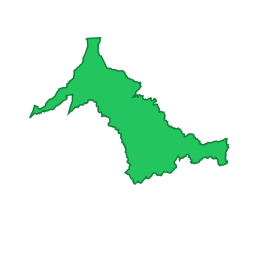 the district of Marabá, Pará, Brazil, rotated 227°
{"feature_id": "56859067B94284230308872", "entity_name": "Marabá", "entity_type": "district", "adm_level": 2, "iso_a3": "BRA", "parent_name": "Brazil", "parent_adm1": "Pará", "projection": "equal_earth", "projection_center": [-50.041, -5.525], "detail": "fine", "context": "isolated", "style": "filled", "palette": "green", "viewbox_px": 256, "rotation_deg": 227, "n_neighbors": 0, "source": "geoboundaries", "source_scale": "gbopen_adm2", "svg_char_len": 5911}
<svg xmlns="http://www.w3.org/2000/svg" viewBox="0 0 256 256"><g transform="rotate(227 128 128)"><path d="M208.1,74.9L205.7,71.1L202.4,62.9L202.4,69.8L200.2,71.0L199.7,73.0L199.0,73.1L198.4,74.8L198.7,76.5L198.4,77.2L197.9,78.1L197.0,77.7L196.8,77.9L196.7,79.8L195.4,80.8L194.4,84.1L192.5,85.9L193.1,90.7L192.2,92.2L192.4,93.3L191.8,95.5L192.1,96.2L191.9,97.3L192.1,99.1L191.0,102.8L192.1,104.5L193.2,104.2L193.5,104.8L192.4,107.7L191.1,108.5L190.6,110.4L189.7,110.3L188.1,107.9L185.7,105.9L183.2,100.9L179.2,94.4L179.3,97.5L178.7,98.7L179.3,101.0L179.1,102.1L179.3,103.4L178.2,104.6L178.4,104.8L177.2,105.7L177.7,108.0L177.5,109.0L175.8,110.4L175.4,111.4L175.8,112.7L175.6,113.8L174.3,114.1L174.2,116.0L175.6,118.0L174.3,119.1L173.9,120.0L173.2,120.3L173.0,120.9L169.3,121.4L168.4,122.5L167.3,121.9L167.0,121.0L166.1,120.8L165.9,120.3L165.2,119.7L163.9,120.7L162.2,119.8L162.4,118.9L160.2,117.5L158.8,117.6L158.3,119.0L157.9,119.1L156.7,118.7L155.7,117.9L155.0,118.2L154.5,117.8L154.3,116.8L153.7,117.4L153.9,118.1L153.3,119.3L152.8,118.9L152.2,119.6L151.4,119.7L149.3,121.1L147.4,120.9L145.7,119.9L144.6,118.1L144.7,116.5L143.1,115.5L142.6,115.6L142.5,116.1L141.3,116.3L140.8,117.1L139.4,117.4L139.0,117.7L138.7,118.8L137.3,118.5L136.8,119.1L135.6,117.9L134.1,118.6L133.4,120.1L132.8,119.7L132.6,118.8L131.5,118.4L131.4,117.9L130.7,117.5L128.4,119.0L127.8,118.6L127.2,117.2L126.1,117.3L125.9,116.0L122.6,115.5L122.1,114.0L121.2,113.7L120.2,114.5L118.6,113.3L117.8,113.3L117.5,113.8L116.6,113.0L116.1,113.4L115.5,112.4L114.2,112.5L112.1,109.5L111.0,109.9L109.7,108.6L108.5,108.1L107.9,107.3L106.3,107.4L104.2,106.3L104.2,104.6L103.4,104.7L102.6,104.1L100.1,104.7L99.7,104.2L99.3,104.6L98.9,102.6L97.3,101.0L97.3,95.4L96.6,95.4L95.2,96.5L94.2,96.1L93.7,96.8L93.2,96.7L92.5,97.1L90.8,96.2L88.9,95.8L86.4,96.5L85.6,95.1L84.6,95.3L83.4,94.5L82.2,95.0L82.3,96.8L81.8,98.3L81.9,99.3L81.2,99.0L79.2,99.5L78.7,100.9L79.4,103.5L79.3,105.0L79.9,107.9L78.5,107.3L77.3,108.2L76.7,109.4L77.1,110.5L76.8,112.7L77.4,113.7L77.6,116.2L76.0,117.3L73.5,117.1L73.4,117.6L72.3,118.3L72.1,119.1L70.7,119.6L70.5,120.3L71.2,120.8L71.0,121.5L71.5,124.8L70.3,125.3L68.6,126.9L66.6,127.8L65.8,129.4L66.5,131.7L66.1,133.2L66.6,133.8L66.5,135.3L66.0,136.4L68.0,137.9L68.8,137.7L71.3,138.1L71.8,139.0L72.2,141.8L72.8,142.6L73.3,145.4L71.4,145.2L69.3,143.8L69.8,145.7L69.4,146.9L69.0,147.0L69.0,147.9L68.3,148.3L68.7,149.5L67.7,151.0L68.8,152.1L68.3,153.2L67.0,154.1L66.5,154.2L65.4,152.4L64.6,153.2L63.9,153.3L62.7,152.3L61.2,152.6L60.5,152.3L60.2,151.7L60.6,151.0L59.7,150.5L58.9,150.5L58.4,151.2L58.2,152.2L56.7,152.1L56.4,153.4L55.7,154.0L54.6,156.5L54.6,157.2L55.4,158.6L54.5,160.3L55.1,160.6L54.9,162.3L54.2,163.7L54.0,165.0L53.2,165.0L52.7,165.6L52.1,165.1L51.3,165.9L51.4,168.3L50.4,169.5L49.4,168.9L49.1,168.9L48.9,169.6L47.3,169.2L47.0,170.2L46.2,170.7L46.6,172.0L45.9,172.4L45.2,171.7L44.4,172.2L43.1,171.8L42.4,170.7L41.4,170.8L40.2,169.4L37.8,169.5L37.4,171.2L36.8,171.3L35.7,173.1L35.0,175.4L35.2,176.2L34.7,177.0L35.9,178.0L37.0,177.0L37.5,177.9L38.5,177.9L39.1,178.3L39.5,179.1L40.9,179.9L40.9,180.7L41.8,180.9L42.0,181.8L43.2,182.3L43.7,183.3L44.0,184.6L44.5,185.0L44.7,186.4L45.3,187.3L45.0,187.9L45.4,188.7L47.1,188.5L47.5,190.0L48.1,189.7L48.5,188.8L48.8,188.9L50.0,189.7L50.4,190.6L51.1,190.3L51.5,191.5L52.5,192.1L52.4,193.0L52.8,193.1L53.9,191.4L54.4,188.8L56.4,184.5L58.3,183.6L61.0,178.0L62.9,176.5L62.5,174.7L63.6,174.5L63.8,173.8L63.4,172.4L66.4,170.0L66.7,170.5L67.2,169.9L68.0,169.8L68.6,171.1L69.6,171.4L70.2,170.9L72.1,171.2L72.9,171.1L73.8,170.2L74.7,170.5L75.2,170.1L75.6,170.6L76.6,170.0L77.6,171.2L78.3,171.4L80.2,170.6L80.9,169.4L82.0,168.8L82.6,163.9L83.3,163.2L85.0,165.0L86.1,164.3L87.2,164.1L89.1,164.8L91.9,165.2L93.0,164.1L93.7,164.5L93.8,163.6L94.6,162.5L95.3,162.4L95.6,161.5L96.4,161.8L96.8,161.0L98.1,161.1L98.6,160.5L99.9,160.8L100.1,160.0L100.8,159.1L102.4,159.7L103.5,159.1L105.6,161.2L106.7,160.8L107.4,161.1L108.6,159.9L109.2,160.1L109.8,161.2L110.6,161.4L110.7,162.2L111.4,162.7L111.7,163.5L115.3,164.9L116.6,163.4L117.1,163.7L117.6,163.4L118.2,161.7L118.6,161.6L118.9,161.6L120.0,163.5L120.8,164.2L122.2,164.2L122.4,163.9L123.4,164.7L124.0,164.6L125.2,165.6L126.5,164.5L126.8,162.9L127.6,162.5L128.7,163.8L128.5,166.2L128.2,166.7L128.5,167.2L129.3,167.6L131.4,167.5L131.7,166.7L131.0,165.4L131.5,164.1L132.8,163.9L133.9,165.2L134.6,165.0L134.9,163.8L135.4,163.4L135.3,162.2L135.8,161.0L137.0,160.6L137.3,159.5L139.2,159.1L140.1,159.3L141.0,159.9L141.0,160.9L141.4,160.9L143.1,159.3L144.7,159.1L144.3,157.3L143.7,156.5L144.1,156.1L145.9,157.3L146.2,156.9L146.5,156.4L145.9,154.3L147.1,152.5L147.9,155.9L147.9,157.2L149.1,158.3L148.8,162.2L149.7,166.1L151.1,166.0L152.0,167.1L152.2,168.0L152.9,168.0L153.0,166.7L153.7,167.2L154.6,166.4L155.6,166.1L156.3,165.1L157.8,164.8L158.2,163.9L160.2,164.3L161.4,163.2L163.2,162.8L163.9,161.8L165.8,162.3L166.7,161.6L166.9,162.3L167.9,162.6L169.1,162.3L170.6,163.4L173.4,163.2L176.2,159.8L179.0,158.6L181.5,156.2L183.7,155.8L185.0,154.2L186.2,153.5L198.9,157.4L200.1,156.8L202.6,157.2L203.6,158.3L204.2,158.3L205.3,159.1L207.3,161.4L208.2,161.6L208.4,162.5L209.9,163.7L209.7,164.7L210.1,166.1L210.8,166.5L211.2,167.6L211.9,167.8L212.7,169.4L221.2,159.3L221.3,158.2L220.1,158.3L215.2,154.4L210.9,146.4L211.0,145.9L210.1,144.4L210.1,143.4L207.1,140.1L206.3,137.5L206.7,135.8L206.3,135.2L206.5,131.5L206.3,130.6L206.7,129.0L206.3,128.5L206.6,127.5L205.6,127.0L204.6,125.5L204.1,125.7L203.5,125.3L203.2,124.2L201.4,121.9L201.8,121.2L201.6,120.6L201.9,119.5L201.6,119.1L201.9,118.3L201.6,117.5L202.1,117.2L201.5,116.1L201.9,115.6L201.3,115.2L201.4,114.0L201.9,113.5L200.1,111.7L199.8,109.9L201.6,108.2L203.6,104.0L202.8,103.2L202.8,101.3L201.0,96.2L201.2,92.7L202.2,90.5L202.4,88.8L202.0,84.9L200.5,82.5L200.8,80.5L201.2,79.8L201.5,77.3L202.7,76.0L203.8,75.8L205.0,76.5L208.0,75.2L208.1,74.9Z" fill="#22c55e" stroke="#15803d" stroke-width="1.5"/></g></svg>